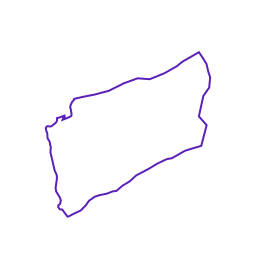 the border of Al Qubbah, rotated 240°
{"feature_id": "LBY-2986", "entity_name": "Al Qubbah", "entity_type": "Municipality", "adm_level": 1, "iso_a3": "LBY", "parent_name": "Libya", "parent_adm1": "", "projection": "robinson", "projection_center": [22.615, 31.87], "detail": "fine", "context": "isolated", "style": "outline", "palette": "violet", "viewbox_px": 256, "rotation_deg": 240, "n_neighbors": 0, "source": "natural_earth", "source_scale": "10m", "svg_char_len": 1248}
<svg xmlns="http://www.w3.org/2000/svg" viewBox="0 0 256 256"><g transform="rotate(240 128 128)"><path d="M81.5,31.3L90.1,30.3L90.5,30.0L91.3,28.7L91.7,28.4L93.4,28.1L94.3,28.0L95.2,28.4L95.8,28.9L95.9,29.4L95.9,30.0L96.2,31.0L98.7,33.6L101.9,34.2L109.0,34.1L112.1,35.2L119.7,41.1L121.3,42.0L122.6,42.6L124.0,42.9L127.7,43.2L145.8,48.7L150.1,51.6L151.5,52.0L152.3,52.1L154.9,53.2L156.0,53.3L158.7,53.2L160.4,53.7L163.7,55.4L167.2,56.0L168.7,56.6L169.7,57.6L169.9,58.9L169.4,59.8L168.1,61.5L167.8,62.4L168.6,68.0L169.3,69.5L170.5,70.6L172.1,71.6L171.5,73.4L170.5,79.2L169.0,78.6L169.2,77.7L169.0,76.9L168.5,76.2L167.8,75.4L166.7,83.1L166.8,84.9L167.9,85.9L172.7,87.8L174.4,88.1L175.7,88.9L177.2,90.7L178.5,92.7L179.5,95.5L180.1,95.8L180.0,96.4L177.5,104.6L173.7,115.6L169.8,130.0L168.8,146.7L166.2,161.2L159.4,171.2L157.2,187.0L157.1,201.2L158.2,208.1L158.2,227.3L151.9,227.8L144.2,228.0L136.3,225.6L130.8,224.5L122.4,218.5L118.1,209.3L108.6,200.6L102.6,195.2L91.1,197.5L75.9,182.5L78.3,172.7L79.8,165.9L79.9,150.9L81.7,145.8L82.5,135.5L82.3,126.1L82.8,111.2L80.9,102.6L80.8,94.5L79.3,86.3L80.7,83.3L81.8,76.5L84.1,69.8L85.1,64.7L84.5,57.8L82.1,52.7L80.2,45.8L80.9,38.1L81.1,32.4L81.5,31.3Z" fill="none" stroke="#5b21b6" stroke-width="2"/></g></svg>